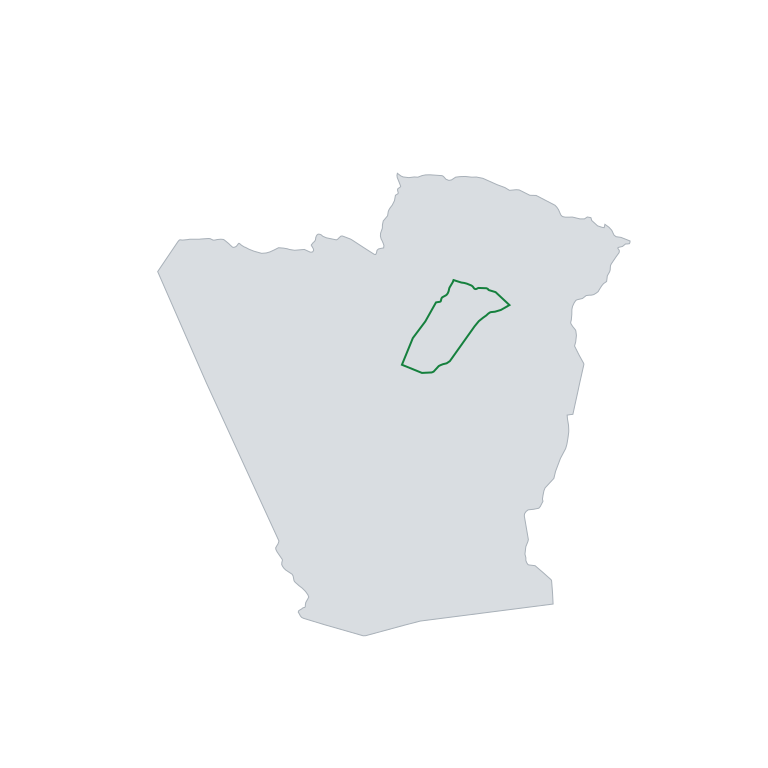 Ghardaïa on a map of Algeria (Albers equal-area conic projection), rotated 28°
{"feature_id": "DZA-2192", "entity_name": "Ghardaïa", "entity_type": "Province", "adm_level": 1, "iso_a3": "DZA", "parent_name": "Algeria", "parent_adm1": "", "projection": "albers", "projection_center": [3.122, 31.033], "detail": "fine", "context": "in_parent", "style": "outline", "palette": "green", "viewbox_px": 768, "rotation_deg": 28, "n_neighbors": 0, "source": "natural_earth", "source_scale": "10m", "svg_char_len": 4619}
<svg xmlns="http://www.w3.org/2000/svg" viewBox="0 0 768 768"><g transform="rotate(28 384 384)"><path d="M534.1,142.2L534.7,143.6L534.8,144.9L532.8,146.3L531.5,147.0L530.0,150.6L527.1,153.1L526.6,153.8L526.7,154.4L528.8,155.4L529.5,156.4L529.9,157.7L529.2,162.6L528.3,171.2L528.4,173.1L529.3,175.3L530.1,177.0L530.5,178.9L530.4,183.7L531.5,186.5L532.4,189.0L530.7,192.3L530.1,195.2L529.8,199.3L529.7,201.9L528.6,204.3L527.2,206.6L525.5,208.1L523.4,209.3L521.0,211.0L519.1,215.3L514.9,219.0L514.1,220.2L513.8,223.1L514.0,226.9L514.9,230.0L517.2,234.5L519.3,239.5L519.9,242.0L520.6,242.9L523.3,244.5L527.9,246.5L528.7,247.4L531.1,250.8L533.5,256.9L534.4,261.0L542.7,266.9L550.7,272.1L551.3,272.9L556.4,291.6L558.3,298.2L565.0,322.1L562.8,323.6L560.3,325.5L562.4,328.7L566.3,333.8L568.8,338.0L569.7,339.8L571.7,345.1L573.4,350.2L573.9,351.9L574.7,355.8L574.7,366.8L576.5,380.7L578.3,387.6L576.6,394.0L575.0,400.1L575.3,403.1L576.7,407.8L577.9,411.2L579.4,412.9L579.5,418.8L579.0,421.0L575.0,424.3L570.4,427.4L569.3,429.8L569.0,432.5L569.8,434.6L584.5,453.6L585.0,455.6L585.6,461.1L588.3,468.0L590.9,470.9L592.0,473.1L593.8,474.7L595.7,475.8L596.7,475.8L602.7,473.5L613.4,475.9L623.5,478.4L624.3,479.0L630.8,489.2L636.6,498.9L527.3,576.3L515.1,587.5L486.0,614.8L483.8,616.1L444.3,624.5L423.8,628.5L422.8,628.7L421.6,628.7L420.7,628.7L419.0,628.0L416.8,626.5L415.4,625.7L415.1,624.4L415.9,622.8L416.9,621.3L417.3,620.1L418.0,619.2L418.9,618.5L419.0,617.5L418.2,615.8L417.5,613.5L417.6,609.3L417.6,607.4L415.7,605.8L412.1,604.0L408.8,603.0L407.4,602.6L403.7,602.0L398.7,600.8L397.0,600.0L393.8,596.1L392.2,595.1L384.7,594.4L382.2,593.7L380.2,592.7L378.5,591.5L377.5,589.3L377.2,587.6L376.6,586.7L368.4,582.4L366.3,580.9L365.3,579.6L365.3,577.6L365.5,575.2L365.2,573.0L364.9,571.9L226.9,466.6L219.7,460.9L203.5,448.1L131.4,391.0L135.2,355.1L135.6,353.3L136.1,352.5L138.6,351.5L142.7,348.8L144.2,347.6L146.1,346.5L152.8,343.0L154.2,342.0L160.8,337.9L162.3,337.3L165.6,337.2L167.0,336.4L169.0,334.7L171.9,332.8L173.8,332.0L174.2,331.8L175.3,331.8L180.9,332.9L183.2,333.6L186.0,334.3L186.9,334.1L187.7,333.5L188.9,332.0L189.3,330.3L189.5,328.7L189.7,328.0L190.2,327.8L191.4,328.0L193.0,328.4L196.4,328.6L197.5,328.4L201.4,328.4L206.8,327.8L214.6,326.1L218.5,323.6L221.3,320.9L224.4,316.8L226.9,313.2L231.5,311.2L235.2,310.0L237.4,309.6L242.3,307.9L250.5,302.6L257.1,302.2L258.0,301.7L259.0,300.8L259.1,299.0L258.1,297.7L256.8,297.0L255.9,296.2L255.0,296.1L254.5,295.2L254.9,293.6L255.1,292.2L255.8,290.8L255.8,288.8L255.0,286.7L254.8,285.2L254.9,283.8L255.5,282.6L256.9,282.0L258.4,281.8L260.6,282.3L264.4,282.0L274.3,279.1L275.1,278.0L275.8,275.6L276.6,273.6L277.7,272.9L278.2,272.8L286.1,271.8L287.8,271.8L302.2,273.1L314.6,274.1L315.8,273.6L315.9,272.1L315.1,269.2L315.7,267.4L317.5,265.8L319.8,264.0L318.9,261.7L317.2,260.1L314.8,258.2L313.5,257.4L311.4,255.1L310.2,252.5L309.4,247.2L307.9,244.2L306.8,240.4L308.2,233.8L306.8,229.7L306.6,227.9L306.7,225.8L307.3,222.3L307.2,217.2L305.5,212.0L306.5,210.3L307.0,209.4L306.9,208.6L305.2,206.8L304.5,205.5L305.0,204.2L305.9,202.4L305.9,201.6L303.2,199.2L298.7,195.4L297.5,193.7L296.9,191.7L301.4,192.4L303.7,192.2L309.1,190.1L313.5,187.0L316.8,185.5L319.8,182.1L322.5,179.9L326.4,177.7L337.4,172.8L339.0,172.8L342.5,174.1L345.7,173.8L347.8,172.1L350.2,167.7L353.8,165.2L358.3,162.6L364.4,160.2L368.4,157.9L374.7,156.0L390.4,154.9L398.5,153.8L403.9,154.1L409.5,150.4L412.2,149.2L424.2,148.9L429.8,146.1L451.1,145.9L453.7,146.8L456.3,148.2L460.7,151.7L462.9,152.4L465.7,151.6L472.2,148.1L479.6,146.2L483.5,144.1L485.1,141.1L488.6,140.0L490.6,142.1L498.3,144.1L503.0,143.3L505.0,142.6L504.1,139.3L509.1,140.0L513.0,141.4L517.1,144.5L519.7,145.0L524.4,143.3L534.1,142.2Z" fill="#d9dde1" stroke="#a8b0b8" stroke-width="1"/><path d="M391.6,287.6L392.3,287.0L394.2,285.6L394.8,285.1L395.2,284.5L395.2,284.1L395.1,283.5L394.7,282.2L394.6,281.4L394.6,280.5L395.0,279.7L397.0,276.7L397.4,275.8L397.6,274.8L397.7,273.7L397.6,272.8L397.5,271.8L396.8,269.2L396.6,268.2L396.9,261.7L396.7,260.4L396.6,259.6L404.7,258.1L407.4,257.1L410.1,256.5L415.0,256.0L416.3,256.2L416.9,256.4L418.7,257.3L419.4,257.4L420.0,257.3L420.6,257.0L421.1,256.5L421.9,255.3L422.4,254.8L429.4,251.4L429.5,251.4L430.1,251.3L431.2,251.4L431.4,251.4L432.0,251.8L432.8,251.8L439.4,250.5L457.7,255.4L452.4,263.8L448.0,268.1L444.7,270.3L444.1,270.9L443.8,271.4L443.0,272.9L442.1,275.5L440.3,279.1L438.2,284.0L436.9,290.5L431.4,332.9L429.6,336.3L426.7,338.9L425.0,340.9L423.9,342.5L422.0,349.8L420.7,351.4L412.3,356.4L390.8,358.6L387.9,329.9L391.1,309.3L391.6,287.6Z" fill="none" stroke="#15803d" stroke-width="2"/></g></svg>